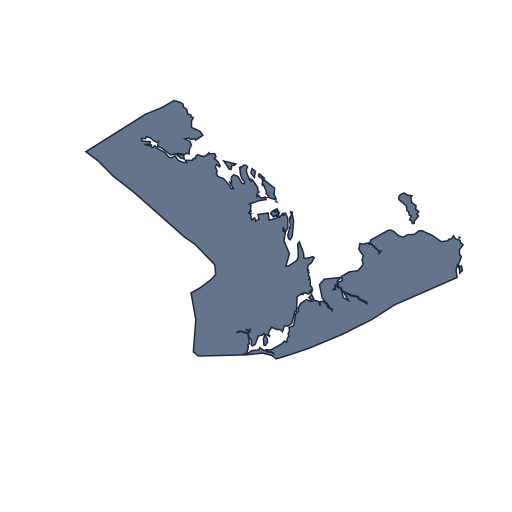 Kaimana, Papua Barat, Indonesia (Albers equal-area conic projection), rotated 202°
{"feature_id": "22746128B93097528927367", "entity_name": "Kaimana", "entity_type": "district", "adm_level": 2, "iso_a3": "IDN", "parent_name": "Indonesia", "parent_adm1": "Papua Barat", "projection": "albers", "projection_center": [133.918, -3.548], "detail": "fine", "context": "isolated", "style": "filled", "palette": "slate", "viewbox_px": 512, "rotation_deg": 202, "n_neighbors": 0, "source": "geoboundaries", "source_scale": "gbopen_adm2", "svg_char_len": 6163}
<svg xmlns="http://www.w3.org/2000/svg" viewBox="0 0 512 512"><g transform="rotate(202 256 256)"><path d="M411.6,346.0L452.8,289.0L437.6,284.9L418.5,276.6L393.4,269.4L328.8,246.6L316.9,244.0L290.9,232.4L286.5,224.0L288.6,217.7L295.4,206.3L302.4,197.4L288.0,174.5L278.2,143.7L271.9,141.7L228.7,160.4L213.3,168.5L204.2,169.7L198.6,168.2L189.3,175.7L172.2,190.4L146.5,215.8L124.9,240.4L109.3,262.5L61.5,311.4L65.3,318.1L65.8,323.0L62.5,320.2L60.7,316.4L59.2,319.8L61.8,323.8L62.6,322.4L65.2,323.8L65.3,332.1L68.1,334.2L69.8,338.1L68.1,343.7L71.8,345.3L72.6,346.9L77.5,346.6L80.4,348.8L81.3,345.0L83.6,343.7L83.8,341.9L89.7,338.7L99.9,341.1L112.0,341.6L114.5,340.2L117.3,335.2L123.0,332.8L126.7,328.6L131.6,328.2L137.7,330.5L141.1,330.5L143.2,329.1L155.5,314.0L155.3,311.6L157.0,309.9L152.9,310.5L144.1,306.7L141.9,307.4L143.1,303.4L142.9,306.0L152.4,309.6L158.2,309.4L160.6,307.3L164.4,306.5L163.2,300.7L156.7,296.4L156.2,291.9L154.0,289.5L153.7,287.0L156.1,280.5L163.5,276.3L169.2,268.8L166.7,265.4L170.0,262.5L168.2,258.1L165.4,258.4L162.7,256.0L152.8,255.6L146.0,256.7L144.6,255.1L135.8,254.6L135.3,253.4L144.8,254.4L146.5,256.1L152.3,254.7L161.6,255.5L153.6,249.4L159.5,250.1L163.3,255.7L166.4,257.9L168.6,257.5L169.2,258.6L171.4,258.0L169.8,254.9L172.3,253.3L170.5,255.9L172.0,258.6L169.4,259.8L171.3,262.9L169.3,267.8L184.0,260.2L186.4,253.2L178.9,241.8L169.3,236.9L169.1,235.6L165.4,235.5L164.5,233.2L166.5,235.3L169.7,235.0L172.6,238.0L177.4,239.0L179.5,237.5L177.8,233.8L181.0,237.3L183.9,237.1L188.1,234.4L192.9,234.5L196.8,228.7L197.5,223.0L195.9,221.0L197.5,217.1L195.0,205.6L198.5,201.9L196.8,198.9L197.2,195.9L195.3,193.8L196.1,192.3L195.3,187.4L197.8,187.8L199.3,184.2L206.9,174.6L211.4,172.8L209.7,171.5L205.6,172.8L202.0,172.0L205.6,172.5L210.0,171.3L211.8,172.5L213.1,171.3L218.1,172.5L218.3,169.8L224.4,166.8L228.6,160.5L230.9,160.0L229.3,160.9L230.9,161.3L229.2,161.0L228.1,162.3L228.9,168.4L230.4,170.7L229.2,172.2L233.8,179.9L235.1,181.2L236.0,180.7L242.4,180.3L243.0,179.3L245.7,177.6L242.6,180.5L234.9,181.6L233.9,183.7L236.9,183.7L237.9,184.4L233.9,183.9L234.4,184.4L234.5,185.0L234.4,185.6L233.7,185.8L233.6,182.9L234.7,181.6L231.6,177.5L229.1,176.6L226.7,171.6L225.4,171.4L223.6,173.9L223.9,182.6L220.3,185.1L219.9,187.0L214.7,186.7L215.7,190.5L214.7,195.8L209.5,195.5L205.9,196.9L203.0,195.7L203.5,201.9L200.0,202.9L197.6,207.0L199.2,219.5L197.8,219.7L202.6,233.7L199.5,238.3L197.1,240.0L192.8,240.5L192.5,243.9L190.6,245.3L193.1,248.5L194.5,248.5L196.3,253.2L197.2,254.6L198.2,254.1L197.9,256.0L200.5,258.3L200.8,260.7L202.1,260.9L201.9,262.8L203.1,262.7L204.2,266.7L202.0,270.7L201.4,276.4L203.2,276.6L208.3,272.6L211.0,272.3L212.7,276.1L221.1,285.4L221.8,282.6L216.5,271.3L216.5,267.2L221.8,259.3L224.6,257.8L225.7,270.5L235.8,280.6L237.4,288.2L239.1,289.7L240.2,289.3L241.7,292.7L237.7,289.4L237.0,294.1L240.7,302.8L244.7,306.9L246.4,305.8L245.2,304.6L246.8,303.8L247.5,304.7L248.7,300.6L249.5,301.3L251.6,298.2L257.3,294.2L260.9,300.4L269.8,295.2L267.1,291.4L269.4,288.3L271.6,290.8L273.3,287.8L276.8,292.6L276.3,293.6L278.9,292.9L278.2,296.3L279.7,301.1L281.7,301.6L273.8,308.5L267.2,312.4L268.3,312.0L268.1,313.7L269.0,312.9L269.5,314.0L272.3,311.9L275.2,312.1L276.3,313.4L277.5,311.5L278.3,314.5L277.0,316.5L278.6,317.0L280.0,320.1L287.6,325.2L290.2,325.4L288.8,323.8L289.8,323.7L295.5,329.3L297.4,332.7L297.2,335.5L299.1,336.3L301.5,335.7L303.0,332.2L303.9,332.8L304.3,331.8L300.6,325.4L297.7,322.1L294.6,320.7L293.9,318.6L296.4,318.3L302.4,322.9L307.2,323.0L308.4,319.9L306.1,314.5L308.7,315.1L302.0,310.0L304.3,309.1L307.0,311.6L315.3,315.7L321.2,315.4L323.8,318.1L323.8,320.1L327.1,323.3L326.9,326.0L323.1,325.0L323.0,326.0L326.6,329.2L331.4,331.0L330.2,332.9L332.6,335.5L337.5,333.2L338.3,334.1L340.0,330.2L342.7,328.4L347.8,328.2L349.3,325.8L348.7,323.9L350.8,322.7L350.9,320.8L357.3,318.3L355.2,316.7L358.6,315.5L363.8,315.5L368.8,318.6L370.7,315.7L373.6,314.9L379.2,317.8L388.3,318.8L391.0,320.4L392.8,317.5L395.9,318.7L398.5,317.7L400.2,317.9L396.4,320.0L396.8,322.4L404.7,319.9L406.1,322.1L402.4,323.4L402.6,325.5L398.5,326.1L393.6,324.4L389.9,324.5L389.4,325.5L388.2,320.5L384.3,320.9L372.9,317.7L366.9,321.9L360.2,323.3L359.1,325.3L356.2,325.6L357.9,330.5L357.4,334.7L360.1,337.5L366.0,338.0L362.6,340.2L360.7,339.6L356.1,341.8L355.3,340.9L350.4,347.9L354.7,350.6L364.0,351.1L366.3,356.9L366.1,360.8L368.8,360.8L369.0,362.3L372.5,362.2L375.1,365.9L379.0,367.0L380.6,369.5L384.0,370.1L390.3,369.4L398.9,358.4L411.6,346.0ZM125.1,346.9L123.2,344.7L121.6,345.4L122.3,347.5L120.3,354.0L122.7,355.1L121.7,358.2L125.4,359.1L126.5,362.6L131.5,363.8L134.4,368.3L134.0,370.3L138.3,369.2L142.3,369.9L145.3,366.8L145.7,363.7L144.6,361.8L135.5,358.9L133.0,354.6L131.1,354.3L129.3,351.4L127.0,351.4L127.0,346.9L125.1,346.9ZM266.6,315.0L259.2,315.5L258.7,316.4L262.3,319.7L264.1,325.8L277.5,329.7L277.3,331.2L283.4,333.4L284.2,332.4L283.3,330.9L279.6,330.1L277.7,327.7L277.4,324.9L275.7,323.3L276.5,325.5L274.6,323.8L270.1,319.1L270.2,317.8L266.7,316.3L266.6,315.0ZM234.4,287.5L232.4,284.3L230.2,283.9L229.9,288.2L234.0,302.0L238.5,309.2L239.0,304.0L238.0,304.2L238.5,302.0L235.6,297.5L234.4,287.5ZM313.2,326.4L311.5,326.9L312.4,331.3L309.9,332.0L309.1,333.8L321.4,332.0L313.2,326.4ZM258.6,301.0L254.3,298.7L254.2,300.6L253.7,299.5L252.5,300.7L250.8,300.0L250.6,301.2L252.1,302.0L251.0,302.4L251.5,303.9L250.5,303.3L250.7,305.2L257.4,303.6L258.6,301.0ZM292.3,335.6L291.9,331.1L286.0,327.7L287.2,328.6L288.2,334.3L292.3,335.6ZM214.0,176.4L212.9,180.4L214.9,183.9L218.2,185.8L218.1,182.0L215.4,176.5L214.0,176.4ZM362.3,318.5L358.9,319.1L361.0,322.4L368.3,320.4L362.3,318.5ZM188.8,235.9L186.2,237.6L190.0,241.2L191.4,237.4L188.8,235.9ZM254.2,307.7L256.8,304.6L252.2,305.9L254.2,307.7ZM394.1,320.1L395.8,319.1L394.8,319.0L394.1,320.1ZM239.1,310.0L240.4,310.0L240.1,309.0L239.1,310.0ZM197.4,238.1L198.9,238.3L199.3,237.5L197.4,238.1ZM191.7,243.9L191.3,242.6L190.7,243.5L191.7,243.9ZM74.0,349.6L74.9,349.4L74.3,348.5L74.0,349.6ZM213.1,187.8L214.0,186.7L213.5,186.4L213.1,187.8ZM277.0,296.5L277.7,295.8L277.6,295.4L277.0,296.5ZM257.5,314.4L258.7,314.0L257.0,314.0L257.5,314.4Z" fill="#64748b" stroke="#1e293b" stroke-width="1.5"/></g></svg>